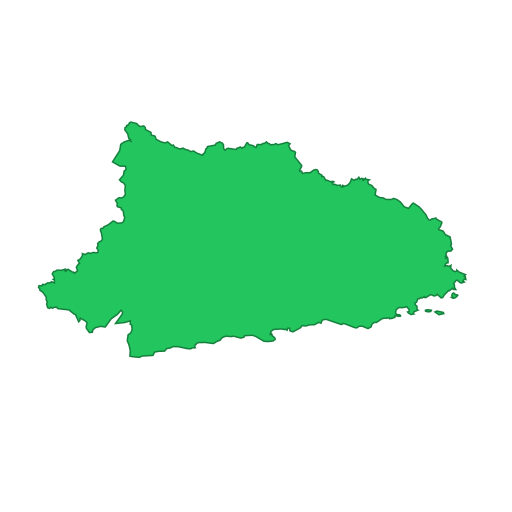 the district of Vohemar, Sava, Madagascar, rotated 98°
{"feature_id": "10022922B16213196407560", "entity_name": "Vohemar", "entity_type": "district", "adm_level": 2, "iso_a3": "MDG", "parent_name": "Madagascar", "parent_adm1": "Sava", "projection": "mercator", "projection_center": [49.724, -13.453], "detail": "fine", "context": "isolated", "style": "filled", "palette": "green", "viewbox_px": 512, "rotation_deg": 98, "n_neighbors": 0, "source": "geoboundaries", "source_scale": "gbopen_adm2", "svg_char_len": 6056}
<svg xmlns="http://www.w3.org/2000/svg" viewBox="0 0 512 512"><g transform="rotate(98 256 256)"><path d="M182.5,120.4L180.6,124.0L179.8,127.7L181.2,129.8L181.9,135.3L180.8,138.0L180.9,141.9L179.0,146.5L173.4,146.4L172.7,148.3L170.1,151.1L169.2,154.4L167.7,155.4L166.0,155.6L164.8,154.4L164.7,157.6L163.7,158.5L166.2,160.1L166.0,160.6L164.5,160.7L164.5,162.4L165.6,163.7L163.7,165.1L166.1,166.6L166.1,168.0L167.5,169.2L166.3,172.1L170.1,173.0L173.0,175.0L174.5,177.6L174.0,180.0L175.7,179.8L175.4,181.4L174.0,182.3L174.8,185.2L174.0,188.1L174.5,189.5L172.8,190.7L171.7,189.2L171.3,190.3L172.1,192.4L171.0,196.5L171.4,197.4L167.9,200.1L168.2,201.9L166.8,202.0L165.4,205.5L163.3,206.3L162.1,207.5L162.1,209.2L162.9,210.8L166.0,214.1L166.5,217.9L167.8,221.3L165.6,222.8L166.1,224.2L165.4,224.8L160.7,223.2L159.7,223.6L152.5,231.4L147.9,231.3L147.0,232.5L146.8,235.1L145.9,236.5L142.4,239.1L140.1,237.9L139.1,240.9L142.3,248.5L142.7,250.1L141.9,252.1L143.4,253.9L143.3,255.2L144.0,256.8L143.0,258.2L142.8,259.9L141.5,261.5L143.2,263.2L143.8,265.3L144.9,265.9L145.4,270.3L148.5,271.1L148.2,272.5L147.1,274.1L146.8,278.2L145.2,279.9L145.1,280.8L150.1,282.8L150.3,284.3L151.2,284.9L150.2,286.9L151.4,288.3L151.7,289.7L153.3,290.4L153.2,298.3L153.6,299.7L155.5,301.1L155.4,301.9L153.9,303.0L150.4,303.7L149.0,304.9L148.0,307.9L150.1,311.2L151.8,311.7L154.4,319.3L155.7,319.4L156.9,320.5L161.1,321.2L162.1,322.5L163.7,323.0L162.1,329.8L160.7,332.2L161.7,335.5L160.6,337.8L160.5,340.0L159.3,343.4L160.4,345.4L160.5,347.8L159.7,349.6L159.7,351.5L157.6,353.3L158.3,354.7L155.3,359.4L156.7,361.9L156.2,365.9L154.4,371.0L151.3,372.8L150.8,376.6L148.2,377.2L146.2,382.9L144.1,383.7L142.8,385.3L143.7,387.6L143.7,389.7L141.4,392.7L140.8,398.6L141.7,399.9L143.6,400.4L144.8,402.3L146.3,402.2L146.9,403.5L149.3,403.5L152.8,400.1L157.1,398.4L158.5,396.3L159.8,395.8L159.0,397.8L161.4,402.4L164.2,405.5L170.5,405.6L182.8,411.2L185.9,403.3L185.3,397.8L187.7,396.8L189.3,397.3L190.2,398.4L194.5,398.5L199.5,401.8L201.4,399.6L202.1,397.2L204.4,395.2L209.1,395.0L213.3,393.9L216.2,395.5L217.3,397.7L217.3,399.7L220.3,402.9L223.5,400.6L225.7,400.7L226.5,399.9L227.2,396.1L228.9,395.7L229.1,394.6L230.4,393.6L234.2,392.6L236.1,391.3L240.4,392.0L242.0,393.6L242.8,397.9L241.3,401.2L241.3,402.5L245.6,406.6L248.3,410.7L249.5,411.0L250.4,413.4L251.9,413.8L255.2,412.1L260.8,410.4L262.4,411.2L263.9,413.3L265.8,414.6L267.4,413.9L270.3,414.8L272.4,412.9L274.3,413.1L274.9,413.9L275.2,418.0L276.6,420.4L276.1,421.6L276.5,423.2L278.3,425.2L277.8,428.3L279.1,427.9L280.7,428.3L283.6,429.8L285.1,431.8L287.9,429.7L288.8,430.8L292.1,432.4L295.1,430.8L295.9,431.0L298.3,433.4L297.4,434.4L297.5,435.4L295.3,440.3L297.7,442.4L297.3,443.0L296.0,442.1L295.4,442.7L297.3,446.9L297.6,451.0L299.2,452.7L299.6,454.2L302.1,455.3L305.4,452.7L306.5,452.6L307.3,453.6L307.7,452.3L310.7,451.9L309.9,455.1L311.1,455.6L311.7,458.8L313.8,461.2L313.8,463.4L315.5,463.9L315.5,466.6L317.2,467.1L318.8,465.5L319.9,465.3L321.8,461.8L325.9,458.0L328.5,457.7L330.7,456.2L332.7,456.7L336.2,455.1L336.7,453.2L335.2,452.0L336.1,450.4L334.9,448.7L334.4,446.5L335.7,444.9L335.4,433.8L338.9,427.9L339.0,426.7L345.8,422.4L344.4,421.4L342.0,421.4L344.1,415.9L345.8,413.9L349.5,414.4L351.2,413.9L355.0,410.3L354.3,407.4L351.8,407.3L349.2,404.9L347.3,400.1L347.3,395.4L338.4,390.7L333.2,385.2L328.5,382.1L328.8,381.5L330.2,380.3L332.2,380.4L342.4,385.7L340.2,376.9L337.7,371.4L341.1,371.1L341.6,369.6L346.0,368.4L349.6,369.3L351.8,371.7L357.8,371.7L361.9,369.3L367.0,367.4L372.8,366.9L372.9,364.5L372.6,357.4L370.9,354.8L368.8,344.2L365.2,343.0L364.0,339.3L362.9,333.3L360.1,331.5L359.0,328.1L357.3,325.6L356.6,320.7L357.3,311.2L357.0,307.7L355.8,306.2L355.3,303.4L354.2,304.1L352.8,304.0L349.9,301.5L348.7,294.5L348.6,285.9L346.0,282.8L344.4,279.8L341.6,278.3L339.6,274.7L339.2,268.9L338.5,267.1L339.4,259.6L338.1,256.6L337.1,256.6L336.4,255.7L335.0,248.6L335.6,245.3L339.3,236.3L339.1,232.3L337.7,227.1L335.8,225.4L334.3,226.1L332.9,228.5L331.0,229.6L331.9,230.0L331.8,231.0L328.8,230.8L326.3,228.4L324.7,220.8L324.9,217.7L324.4,216.5L325.2,214.9L323.2,214.6L322.8,212.8L325.4,211.9L326.0,208.9L320.9,202.0L318.5,200.6L318.4,197.0L316.7,193.3L315.9,188.6L313.0,184.6L313.5,182.3L310.3,181.5L309.3,179.2L309.0,177.4L311.9,162.5L311.9,161.5L310.8,160.7L310.8,158.5L313.2,148.4L313.2,146.3L311.2,144.0L310.7,141.0L312.3,135.0L310.1,132.1L307.6,131.8L305.5,130.0L305.0,127.4L300.5,122.4L299.5,119.4L299.5,117.7L298.9,117.0L298.9,115.2L299.5,115.0L298.6,112.0L297.1,109.8L296.3,110.2L295.5,109.2L296.0,106.8L295.5,104.6L294.7,104.7L294.2,106.1L294.4,108.8L292.4,110.0L289.7,109.7L287.1,107.3L286.8,103.8L285.3,99.5L288.0,96.7L289.7,96.8L290.3,98.1L291.2,97.2L292.4,94.4L291.5,91.9L291.3,92.4L289.1,91.6L287.1,88.1L286.8,89.0L283.4,89.6L282.1,91.5L280.5,92.1L279.5,90.6L275.8,89.8L275.4,88.0L274.3,87.2L274.5,85.7L272.8,83.6L273.6,83.2L273.6,82.1L269.9,77.7L270.8,74.2L270.2,72.3L268.7,71.3L271.7,66.9L271.3,65.4L268.5,64.2L263.4,60.5L263.6,59.8L260.6,57.0L261.6,56.1L261.4,53.5L259.4,55.1L256.9,55.5L255.8,56.5L252.2,54.3L252.0,53.2L253.9,50.3L254.2,48.9L252.8,46.1L252.0,47.7L250.0,46.5L250.1,44.9L247.5,45.8L247.7,46.6L246.8,47.1L245.3,45.9L243.7,52.5L242.0,55.2L242.8,55.1L243.7,56.3L243.3,58.8L240.5,61.7L238.1,61.6L239.4,63.4L239.0,65.5L239.7,67.7L237.5,67.1L236.1,66.0L236.1,65.0L235.2,64.9L231.4,65.8L231.0,66.3L231.6,67.6L230.4,67.3L230.3,69.0L229.8,67.1L228.0,68.2L225.8,67.8L224.5,66.5L224.0,63.7L221.9,62.3L218.6,64.8L217.5,64.1L215.9,64.4L210.1,66.5L208.4,71.6L205.3,74.1L204.4,78.8L203.1,78.8L201.7,77.7L197.7,76.6L196.5,76.8L194.5,82.1L193.4,83.1L194.8,87.0L196.3,88.7L196.2,89.4L195.0,91.2L191.7,93.3L186.3,99.2L184.7,101.3L181.7,107.4L182.0,108.2L187.6,111.6L186.7,116.0L182.5,120.4ZM286.5,71.0L288.7,66.6L286.9,62.0L285.8,62.7L285.3,69.1L286.5,71.0ZM270.5,54.9L269.5,52.7L267.0,50.7L266.4,51.4L266.6,53.0L265.1,55.0L265.9,56.3L268.0,56.6L269.5,55.5L269.8,56.5L270.5,54.9ZM286.0,80.6L287.0,80.5L287.4,78.1L286.7,75.3L285.3,74.8L285.3,78.3L286.0,80.6Z" fill="#22c55e" stroke="#15803d" stroke-width="1.5"/></g></svg>